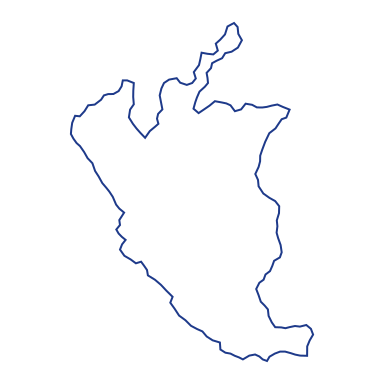 outline of Schroeder, Santa Catarina, Brazil
{"feature_id": "56859067B87986459705113", "entity_name": "Schroeder", "entity_type": "district", "adm_level": 2, "iso_a3": "BRA", "parent_name": "Brazil", "parent_adm1": "Santa Catarina", "projection": "robinson", "projection_center": [-49.056, -26.36], "detail": "fine", "context": "isolated", "style": "outline", "palette": "blue", "viewbox_px": 384, "rotation_deg": 0, "n_neighbors": 0, "source": "geoboundaries", "source_scale": "gbopen_adm2", "svg_char_len": 2499}
<svg xmlns="http://www.w3.org/2000/svg" viewBox="0 0 384 384"><path d="M280.6,245.0L278.1,238.0L276.6,232.7L277.4,226.3L276.8,220.4L279.0,213.2L279.2,206.2L275.2,201.1L269.5,197.9L263.3,193.5L258.6,186.3L258.0,179.9L255.3,174.0L258.6,167.0L260.1,161.3L260.2,155.7L262.2,149.8L265.2,141.8L269.3,133.2L275.5,128.4L279.0,123.1L281.7,119.2L286.3,117.6L289.6,109.6L282.8,106.9L277.4,104.5L271.8,105.6L266.8,106.9L262.2,107.5L256.9,107.4L252.1,104.8L245.6,103.7L241.1,109.4L234.9,111.2L230.5,105.3L226.3,103.4L221.5,102.4L214.9,101.2L209.6,105.6L204.5,109.1L198.6,113.1L193.5,108.7L195.3,102.2L196.9,97.6L199.5,91.6L204.8,86.8L208.0,83.0L207.5,77.9L206.6,72.9L211.0,68.1L212.1,63.2L216.5,60.8L222.1,58.2L225.2,53.2L231.6,51.7L237.9,47.6L241.9,40.2L238.3,33.9L237.6,27.0L234.0,23.0L227.5,26.5L225.0,34.4L220.2,39.7L215.8,43.6L217.8,50.6L213.3,54.4L207.5,53.8L201.6,52.7L200.4,58.9L199.0,65.1L193.8,72.1L195.8,78.5L192.2,83.0L186.8,84.9L180.2,82.7L176.7,78.2L169.1,79.6L164.0,83.0L161.4,88.5L159.7,95.4L161.1,102.7L162.4,109.4L158.1,113.9L157.0,118.7L158.4,123.8L155.1,126.7L149.8,131.1L145.1,137.8L140.4,132.9L136.6,128.6L132.9,123.8L128.9,117.4L130.1,109.6L133.8,104.3L133.2,97.0L133.3,90.8L133.8,83.0L127.2,80.4L122.8,80.4L121.6,86.3L118.6,91.1L113.4,94.0L108.1,94.1L103.9,95.4L101.1,99.7L94.7,104.6L88.2,105.3L84.5,111.2L79.8,116.3L75.1,115.8L72.2,122.8L71.3,129.1L70.9,134.0L73.4,138.6L76.6,143.1L80.0,146.1L84.1,152.0L87.6,158.2L92.4,163.2L95.1,171.0L98.6,176.4L102.3,183.1L106.4,187.9L109.4,191.7L112.8,196.9L116.1,204.6L119.3,208.6L124.1,212.6L119.3,220.1L120.0,225.0L116.3,229.5L118.6,233.5L121.8,236.8L125.6,239.9L122.1,244.3L120.0,249.6L124.4,255.8L130.6,259.4L135.9,263.3L141.1,261.7L143.9,265.5L147.0,270.0L147.9,275.4L154.9,279.7L160.9,284.8L166.4,290.7L172.6,296.8L170.3,302.7L174.6,308.7L179.1,315.6L185.4,320.2L191.0,325.8L197.0,329.0L202.4,331.4L206.7,336.5L212.6,340.3L219.9,342.5L220.4,349.5L225.4,352.7L230.5,353.6L234.8,355.8L239.0,357.4L242.9,359.4L249.3,355.6L255.1,354.5L259.4,356.5L262.7,359.4L267.0,361.0L269.5,356.7L274.8,353.6L280.1,351.6L285.1,351.6L290.9,353.2L295.2,354.6L300.1,355.6L307.1,355.8L307.2,346.4L309.7,340.4L313.1,334.6L310.9,328.8L306.3,325.0L299.9,326.6L295.0,326.0L289.7,327.1L285.4,328.2L281.2,327.4L275.2,327.2L271.8,322.4L268.6,315.9L267.9,309.4L264.6,305.5L260.8,301.7L258.6,295.2L256.2,289.0L259.4,282.7L263.6,279.7L265.5,274.5L270.0,271.1L272.3,265.9L274.1,260.8L279.9,257.4L281.7,252.3L280.6,245.0Z" fill="none" stroke="#1e3a8a" stroke-width="2"/></svg>